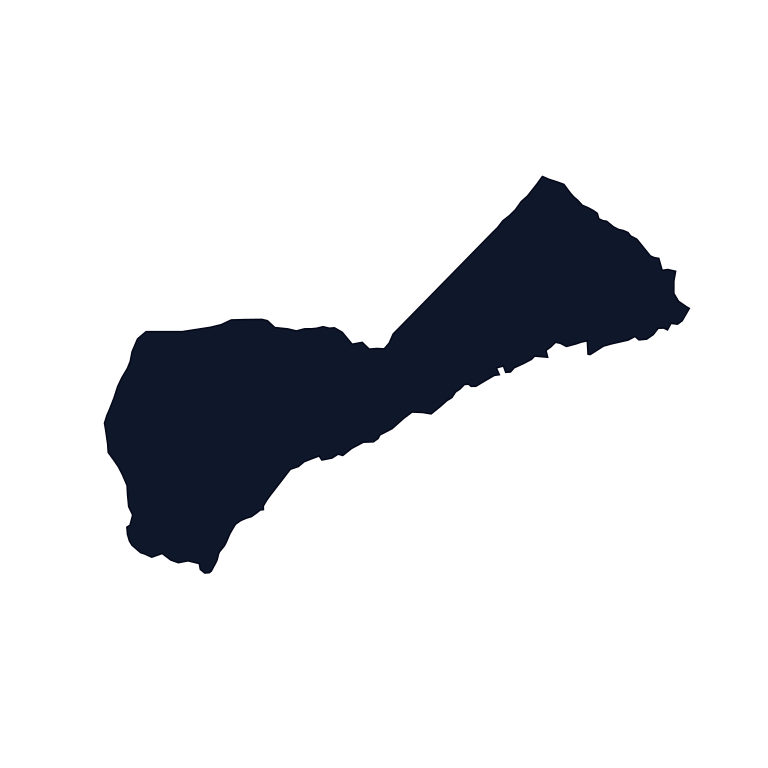 the district of Neo Chorio Pafou, Paphos, Cyprus, rotated 116°
{"feature_id": "46923920B91112583307672", "entity_name": "Neo Chorio Pafou", "entity_type": "district", "adm_level": 2, "iso_a3": "CYP", "parent_name": "Cyprus", "parent_adm1": "Paphos", "projection": "robinson", "projection_center": [32.33, 35.056], "detail": "fine", "context": "isolated", "style": "filled", "palette": "ink", "viewbox_px": 768, "rotation_deg": 116, "n_neighbors": 0, "source": "geoboundaries", "source_scale": "gbopen_adm2", "svg_char_len": 2463}
<svg xmlns="http://www.w3.org/2000/svg" viewBox="0 0 768 768"><g transform="rotate(116 384 384)"><path d="M630.2,458.3L627.9,457.2L622.6,457.0L618.1,456.8L615.1,456.9L609.3,458.2L606.9,458.3L599.3,456.5L595.2,456.4L586.1,456.9L580.8,456.5L575.2,456.0L569.7,453.0L565.2,449.2L561.3,445.0L555.4,441.8L551.6,440.1L549.8,437.3L546.5,439.0L539.4,438.4L533.7,437.4L515.9,433.7L501.7,430.8L495.8,424.8L488.9,421.7L482.8,416.1L477.1,410.7L479.6,406.5L473.3,398.2L467.2,394.5L466.3,389.7L456.2,384.9L445.4,377.1L440.6,368.1L435.5,365.4L431.7,365.4L420.5,357.1L406.4,351.3L396.9,346.5L392.7,336.8L390.2,328.5L379.0,323.3L371.4,320.2L366.4,317.0L359.9,316.2L355.2,313.5L349.2,311.5L347.1,307.9L347.9,304.6L345.8,300.4L337.6,295.1L327.9,288.6L325.1,284.4L320.3,290.1L315.5,284.5L320.2,279.7L317.8,275.6L312.4,274.1L304.5,267.6L297.3,262.3L292.9,260.8L288.2,248.6L282.8,253.1L277.5,250.3L271.3,248.1L270.1,243.2L270.3,236.5L263.9,229.1L259.9,225.1L256.1,220.2L267.8,213.7L267.2,211.6L253.7,203.3L248.2,197.1L237.5,183.8L231.2,179.2L232.6,174.2L228.6,167.6L221.5,163.6L213.7,162.0L211.1,157.0L211.1,152.9L203.7,152.6L201.6,146.4L196.4,143.7L182.2,142.7L182.0,145.8L180.5,155.6L175.5,163.2L164.3,168.6L154.8,171.3L156.7,179.2L159.9,183.8L150.6,192.1L151.9,196.4L152.1,200.8L145.1,215.7L143.0,220.3L142.8,227.2L140.9,231.1L141.1,236.0L142.3,241.2L142.1,246.8L140.1,255.3L141.2,258.7L141.3,263.4L137.1,267.1L136.3,271.9L136.1,277.5L136.4,284.2L133.9,290.5L132.6,295.6L130.7,300.2L128.1,305.2L125.7,309.8L126.6,318.0L127.7,325.4L128.0,332.6L128.4,332.7L137.7,334.3L152.3,337.5L159.8,340.6L169.8,342.3L177.5,345.0L185.1,348.7L193.7,350.5L200.2,352.8L291.0,383.0L335.0,397.7L344.8,397.3L352.3,399.2L355.2,406.0L359.1,412.6L356.1,421.8L362.2,430.1L355.8,444.2L355.2,453.2L357.8,457.6L359.2,463.9L363.5,469.1L366.1,473.3L369.2,479.6L374.7,486.0L376.6,494.6L381.1,506.9L378.2,516.5L379.4,522.0L382.6,528.4L387.6,538.3L393.4,549.4L402.0,556.3L409.2,565.0L425.3,588.2L437.3,612.8L441.2,620.8L451.5,625.3L465.4,624.6L474.9,622.0L482.4,621.5L493.3,622.4L503.0,622.3L514.7,620.6L526.8,619.6L533.7,619.3L541.7,618.1L547.4,614.0L559.2,606.0L566.4,601.9L570.4,594.3L574.9,586.4L579.8,579.8L587.8,570.5L596.4,565.7L606.2,559.7L611.9,552.5L622.2,550.4L625.4,552.4L631.7,548.6L636.8,543.9L639.4,539.8L642.3,528.9L641.7,524.7L641.5,516.8L633.6,509.1L635.7,498.5L634.8,490.5L628.9,482.7L626.4,471.3L631.2,467.8L632.5,462.2L630.2,458.3Z" fill="#0f172a" stroke="#020617" stroke-width="1.5"/></g></svg>